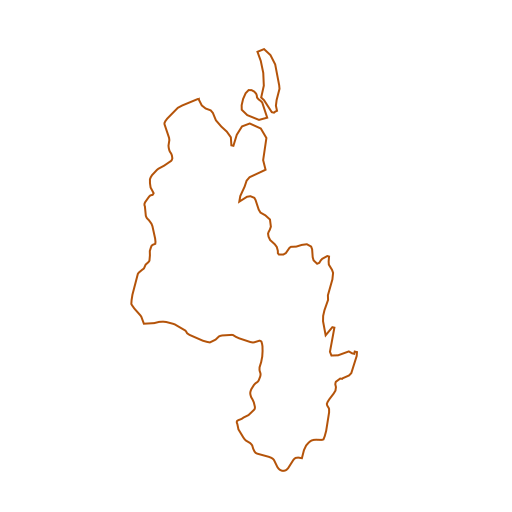 an SVG outline of Krabi, rotated 193°
{"feature_id": "THA-382", "entity_name": "Krabi", "entity_type": "Province", "adm_level": 1, "iso_a3": "THA", "parent_name": "Thailand", "parent_adm1": "", "projection": "orthographic", "projection_center": [99.002, 8.071], "detail": "fine", "context": "isolated", "style": "outline", "palette": "amber", "viewbox_px": 512, "rotation_deg": 193, "n_neighbors": 0, "source": "natural_earth", "source_scale": "10m", "svg_char_len": 4039}
<svg xmlns="http://www.w3.org/2000/svg" viewBox="0 0 512 512"><g transform="rotate(193 256 256)"><path d="M347.0,396.1L346.7,395.3L342.7,390.5L338.3,388.4L332.9,387.7L330.2,385.7L325.6,379.2L318.9,374.3L312.4,370.6L307.2,366.0L304.9,358.3L302.8,358.3L302.0,369.8L298.8,379.1L291.9,383.7L280.0,381.3L272.4,373.3L270.6,351.0L266.1,342.2L280.0,331.3L282.1,327.3L282.7,321.0L284.8,310.9L284.5,305.2L278.1,311.7L274.9,313.0L270.7,312.3L269.0,310.4L263.8,301.8L261.4,299.3L256.0,297.7L250.6,294.7L248.1,287.9L248.5,284.5L249.1,282.4L249.3,280.5L248.1,277.6L245.8,274.7L240.4,271.7L237.8,269.5L235.9,266.0L235.3,263.6L234.0,262.6L229.7,263.6L227.6,265.5L225.2,271.5L224.0,272.8L218.9,274.2L213.9,277.1L209.1,278.9L204.4,277.6L202.8,275.1L200.5,267.6L198.9,264.7L194.7,262.2L192.8,263.6L191.9,266.3L190.8,268.2L186.5,272.0L184.7,271.9L184.0,267.0L183.1,264.0L178.8,259.6L177.1,256.9L176.3,250.4L177.1,233.9L175.9,229.4L177.1,218.6L177.1,212.8L176.0,207.5L170.3,194.4L165.6,203.8L163.5,203.8L162.4,179.3L160.1,176.0L153.7,177.7L144.1,183.9L140.5,182.8L138.3,182.8L138.3,185.1L136.0,185.1L135.4,181.2L136.8,163.3L138.5,160.5L144.0,156.4L144.4,155.7L144.5,155.7L146.4,155.5L149.9,151.4L150.0,150.3L149.9,148.9L148.6,146.2L148.3,142.7L149.4,139.4L152.3,133.0L153.4,129.9L153.7,127.8L153.2,126.7L152.5,125.8L151.0,124.3L150.4,123.4L149.6,120.1L148.3,101.4L148.5,95.9L149.0,92.5L149.9,91.9L151.0,91.5L156.1,90.5L158.4,89.8L160.4,88.7L161.5,87.6L162.7,86.0L164.5,82.7L165.6,77.7L165.8,69.3L169.5,69.1L171.9,68.2L172.7,67.4L173.3,66.5L173.8,65.5L177.0,56.4L178.2,54.5L179.0,53.8L180.0,53.2L181.1,52.8L182.3,52.6L183.6,52.8L184.8,53.1L186.2,53.9L187.7,55.2L192.3,60.9L193.0,61.6L194.2,62.3L195.7,62.8L198.3,63.2L210.5,63.7L212.1,64.1L213.5,65.2L215.4,67.6L217.1,70.6L218.2,71.5L219.6,72.4L224.3,73.9L225.9,74.9L227.5,76.3L234.1,83.1L236.4,88.1L237.1,89.1L237.4,89.9L237.4,90.8L236.8,91.6L236.0,92.3L235.0,92.9L233.2,94.2L231.8,95.8L227.5,99.3L223.3,105.7L222.9,106.6L222.9,107.8L223.2,108.9L225.2,112.9L227.1,115.4L228.9,117.3L229.8,118.8L230.4,120.0L230.8,121.2L230.9,122.4L230.8,123.9L230.6,125.2L229.0,129.9L227.9,131.8L226.4,133.4L225.8,134.3L225.4,135.4L224.8,139.4L224.8,140.7L225.0,142.0L225.4,142.9L226.6,144.9L227.0,145.9L227.5,148.4L227.1,153.8L227.3,159.4L228.2,164.8L229.4,169.5L230.3,171.7L231.4,173.7L232.3,174.2L233.5,174.3L238.5,171.4L239.7,171.0L242.2,170.9L253.9,172.0L257.4,172.7L260.6,173.8L261.8,173.7L271.0,171.0L272.9,170.1L274.0,169.3L276.5,165.5L277.3,164.8L281.5,161.4L284.4,161.3L288.7,161.5L303.1,164.2L305.7,165.2L307.3,166.9L308.2,167.5L319.8,171.1L321.7,171.3L328.6,171.5L331.8,171.1L335.6,170.0L340.1,167.7L350.0,164.8L354.0,170.9L355.0,171.9L362.8,177.5L365.7,180.1L366.7,181.2L367.3,185.0L367.7,190.5L367.1,212.0L366.5,213.4L363.8,217.0L362.9,218.0L362.5,218.5L362.3,219.1L361.6,222.8L360.8,223.9L359.6,225.6L359.0,226.7L358.8,227.6L359.5,232.7L360.6,237.0L360.3,240.9L360.0,242.6L359.1,243.7L356.9,245.2L357.1,247.1L358.2,250.3L363.6,261.7L365.1,263.9L368.4,266.8L370.2,267.9L371.1,268.6L371.8,269.5L372.4,270.4L375.4,279.3L376.1,280.4L376.4,281.6L376.2,283.3L374.0,288.7L373.3,290.2L372.6,291.2L371.6,291.8L370.5,292.3L370.1,293.3L369.9,294.2L374.1,299.0L375.7,303.1L376.6,306.9L376.3,309.0L375.5,311.4L371.9,317.6L370.7,319.1L365.9,323.3L360.0,329.7L359.6,330.9L359.5,332.4L360.5,334.9L361.3,336.2L362.2,337.2L363.0,337.9L363.7,338.7L364.3,339.6L365.3,341.6L365.7,342.7L366.1,343.9L366.5,349.4L367.3,351.6L374.8,363.8L375.1,364.9L374.7,366.9L373.4,369.9L365.5,382.8L361.7,386.1L348.1,395.8L347.1,396.0L347.0,396.1ZM273.0,399.7L283.2,409.6L286.6,411.6L286.7,423.7L290.1,436.0L295.2,447.1L300.5,455.3L294.7,459.4L287.1,455.0L280.4,447.0L271.8,427.5L270.7,424.2L271.0,412.6L270.4,406.9L268.2,402.2L269.1,401.5L269.5,401.2L269.9,400.8L270.7,399.7L273.0,399.7ZM302.8,395.3L303.9,399.7L303.9,406.1L302.7,412.3L300.5,416.0L297.6,416.6L294.7,415.8L292.4,414.2L291.4,412.7L290.6,410.6L288.7,409.2L286.4,408.2L284.5,407.0L276.2,393.3L283.7,389.3L296.2,391.3L302.8,395.3Z" fill="none" stroke="#b45309" stroke-width="2"/></g></svg>